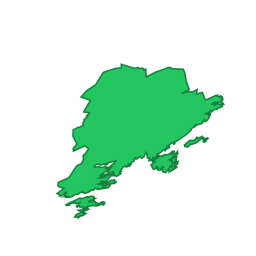 the district of Mandal nor, Vest-Agder, Norway, rotated 326°
{"feature_id": "86288312B66644758166065", "entity_name": "Mandal nor", "entity_type": "district", "adm_level": 2, "iso_a3": "NOR", "parent_name": "Norway", "parent_adm1": "Vest-Agder", "projection": "equal_earth", "projection_center": [7.487, 58.066], "detail": "fine", "context": "isolated", "style": "filled", "palette": "green", "viewbox_px": 256, "rotation_deg": 326, "n_neighbors": 0, "source": "geoboundaries", "source_scale": "gbopen_adm2", "svg_char_len": 5912}
<svg xmlns="http://www.w3.org/2000/svg" viewBox="0 0 256 256"><g transform="rotate(326 128 128)"><path d="M32.5,142.6L33.6,144.8L33.2,146.0L35.1,146.3L34.6,147.1L40.5,146.2L40.3,147.0L41.6,147.4L37.9,147.3L38.5,148.3L36.7,148.8L37.8,149.1L37.3,149.6L37.8,150.3L39.3,149.9L37.8,150.8L38.9,151.6L40.2,150.9L40.0,152.6L43.1,153.6L46.8,153.5L49.9,155.1L52.5,154.7L53.9,155.8L54.9,155.2L55.2,157.8L56.8,158.5L61.0,159.3L62.8,158.7L63.6,159.9L65.2,160.2L67.5,159.5L69.4,161.6L68.4,161.6L68.7,162.1L78.4,166.5L81.5,165.3L80.9,164.1L81.7,163.9L85.7,166.4L87.8,166.3L88.1,165.6L86.5,165.9L86.3,165.0L87.9,163.5L84.0,161.6L81.4,162.0L78.2,160.4L76.8,160.7L78.0,162.0L80.0,162.3L79.9,163.5L74.9,163.4L74.2,162.8L76.2,162.7L76.2,161.8L74.1,161.4L75.6,161.2L75.7,160.3L73.2,159.4L71.6,157.6L77.7,159.6L75.8,157.2L76.5,157.3L78.3,158.8L78.5,160.1L80.8,160.4L85.4,158.2L86.7,158.5L87.3,157.6L89.4,158.4L89.7,157.4L86.0,156.6L85.9,155.8L80.6,155.9L76.1,153.3L79.2,153.3L78.8,154.1L79.6,154.5L83.2,154.8L84.8,154.5L80.8,152.3L77.6,152.0L84.4,151.4L86.7,152.7L86.5,151.7L90.9,150.9L88.5,149.8L89.7,149.7L89.2,149.2L87.0,149.2L88.2,148.2L82.8,145.0L82.6,143.8L78.4,142.0L78.8,140.7L80.2,140.6L82.7,140.8L84.6,143.4L90.0,145.2L88.5,146.1L90.6,146.6L92.3,145.7L99.3,148.5L97.3,149.4L91.7,149.8L91.0,150.8L92.3,151.2L87.7,152.7L86.4,154.0L87.7,155.4L91.2,155.9L91.1,157.2L90.0,158.0L90.4,158.8L89.1,159.3L90.9,160.5L91.2,161.7L96.7,161.9L96.2,160.4L98.1,160.2L97.4,159.4L102.5,157.7L104.7,158.1L104.5,159.2L106.9,159.1L106.1,159.8L108.1,160.6L108.9,160.2L108.1,159.8L108.2,158.4L110.6,159.7L111.3,158.5L114.5,158.8L115.1,157.2L117.0,156.9L116.8,157.4L118.1,157.7L117.5,158.3L118.7,158.7L121.8,158.3L122.4,160.8L124.8,161.0L129.3,158.1L129.4,160.9L128.4,160.9L128.2,161.7L128.9,162.2L128.2,162.1L127.3,163.6L129.0,165.2L127.0,166.8L131.0,167.6L133.3,165.9L131.7,167.9L134.4,169.0L135.7,168.7L133.6,167.8L137.9,167.9L136.9,167.0L138.3,166.7L136.9,165.5L140.0,166.6L146.0,166.0L146.0,167.7L146.8,167.5L146.8,166.0L148.6,166.1L148.1,166.6L148.6,167.2L151.7,167.3L152.1,166.1L150.6,165.1L156.1,164.9L157.3,165.3L156.9,167.1L158.2,167.2L158.9,165.4L161.1,166.1L172.6,166.0L178.7,165.2L180.5,163.9L184.6,164.3L185.4,164.1L184.9,163.3L186.4,163.1L186.2,163.8L191.2,165.5L193.2,165.2L193.7,164.4L195.6,164.8L195.5,164.0L196.1,164.0L195.6,166.0L198.5,165.9L201.5,164.4L202.0,162.9L203.3,163.4L204.6,162.0L203.5,161.9L204.3,160.9L202.0,161.5L200.2,159.5L205.3,160.4L206.1,159.5L206.9,161.5L209.1,160.7L212.4,162.4L213.9,161.6L214.7,162.4L218.6,162.9L219.1,161.4L218.6,161.0L220.7,161.8L220.6,160.3L218.8,160.0L218.3,160.7L218.3,159.9L217.2,159.9L215.5,157.7L213.3,157.6L214.0,156.9L212.2,156.8L211.8,155.8L209.9,155.1L213.2,154.9L212.7,155.4L215.5,156.0L216.4,156.4L215.6,156.9L220.1,158.6L222.1,157.8L222.7,157.0L221.8,156.5L223.1,156.3L222.8,155.1L223.5,155.0L223.3,154.0L221.5,154.0L222.3,153.0L220.1,152.2L219.3,151.0L220.3,150.7L218.9,150.2L219.4,150.2L207.7,148.2L209.6,140.0L203.8,138.2L206.8,134.7L201.6,134.1L197.2,131.0L191.7,129.4L200.3,130.4L202.4,121.7L205.8,114.4L206.7,110.2L198.2,103.9L196.2,100.7L181.5,97.0L171.7,95.9L175.6,89.1L173.2,88.6L174.0,87.4L173.4,86.4L171.1,85.3L169.8,83.2L166.7,82.1L158.0,71.4L156.2,74.3L150.1,71.3L138.8,68.1L125.5,74.0L113.9,74.0L106.4,76.1L112.3,84.1L100.2,89.9L104.5,93.8L100.5,95.0L101.2,95.7L96.0,96.5L96.0,97.4L93.2,98.6L93.0,100.5L87.9,100.4L87.4,99.6L81.5,98.9L77.8,103.9L76.6,112.9L71.5,114.0L69.7,116.6L82.4,118.7L83.7,123.2L78.3,125.5L75.3,125.7L73.5,129.3L69.7,131.4L64.3,130.7L51.1,136.1L39.7,134.2L37.6,136.7L37.9,138.2L41.3,142.3L32.5,142.6ZM135.7,169.3L130.0,168.9L130.8,169.5L129.0,170.2L130.5,170.1L131.6,171.2L126.4,171.4L126.7,173.4L126.2,173.3L125.9,176.6L130.0,177.2L129.4,176.2L129.9,175.6L130.8,178.1L129.7,177.7L129.0,178.8L130.1,180.6L131.4,181.1L132.4,180.4L133.0,181.0L135.0,178.8L134.5,179.5L136.1,180.5L134.0,180.0L132.3,183.7L134.2,186.0L139.6,184.4L137.8,186.3L138.7,187.3L138.1,187.6L141.5,187.8L142.5,186.4L141.8,187.9L146.5,187.9L146.7,187.2L144.8,186.8L145.2,185.8L146.9,185.9L147.9,184.7L148.9,185.5L150.7,183.8L147.1,183.5L148.0,182.3L149.6,182.3L149.6,181.1L150.4,181.1L150.9,179.6L152.2,179.6L151.9,178.9L149.0,178.1L149.5,177.8L146.7,178.2L147.1,178.7L145.2,182.1L146.9,182.3L146.2,183.8L142.2,185.3L141.6,183.1L143.7,183.4L145.8,179.9L144.9,179.0L145.8,178.3L144.6,177.4L147.4,177.7L151.0,176.6L151.6,177.9L153.1,177.9L153.1,177.2L155.3,177.0L154.8,176.1L155.6,175.2L153.8,175.8L149.9,173.8L148.1,173.8L154.0,173.4L151.9,172.8L151.9,172.1L148.3,172.8L145.4,172.0L143.5,170.4L140.9,171.0L140.4,170.6L141.2,170.2L136.2,168.9L135.7,169.3ZM47.5,158.9L34.4,157.0L35.5,158.1L33.7,157.5L33.7,158.0L36.1,159.1L36.0,158.5L37.1,158.4L40.0,159.1L39.6,158.0L41.1,159.0L41.0,160.0L42.6,160.2L42.5,161.7L46.2,163.1L43.8,163.8L43.8,164.7L40.9,163.7L42.1,164.2L41.4,164.4L41.7,165.3L43.8,165.0L43.9,167.0L46.3,167.8L46.9,169.1L44.8,169.7L45.3,169.8L44.5,170.5L40.8,168.4L42.8,172.0L36.7,170.8L33.9,172.0L35.8,173.5L38.2,173.8L37.1,174.6L40.5,174.4L40.8,175.2L43.7,175.4L43.1,175.0L43.9,174.5L43.6,173.9L44.9,174.5L43.5,172.0L49.8,173.4L49.0,172.1L50.0,172.1L50.0,171.4L46.4,171.9L45.1,171.2L49.7,170.2L55.8,172.7L58.2,175.1L64.2,176.7L63.7,177.0L64.3,178.0L65.6,177.9L64.8,177.0L67.1,176.7L65.7,174.8L59.7,174.4L60.8,173.6L60.2,172.3L59.1,172.1L59.6,170.9L58.7,169.8L59.5,168.9L56.7,169.1L53.7,166.7L61.1,168.1L60.3,167.4L61.4,166.7L60.7,164.9L58.3,163.4L56.0,163.3L56.2,162.3L49.6,160.6L49.6,159.7L47.5,158.9ZM172.4,172.8L165.2,173.6L164.9,174.9L166.7,175.6L165.3,175.7L167.1,177.3L171.0,176.2L171.0,177.0L175.8,178.4L183.8,178.0L184.3,179.0L182.7,181.4L183.7,182.7L185.5,182.5L184.5,182.2L184.7,181.2L188.5,181.6L188.3,180.6L186.5,180.5L186.2,181.1L185.9,179.8L184.8,180.0L185.5,179.1L185.4,178.1L184.1,178.0L184.8,177.8L184.8,176.8L184.3,177.3L183.2,176.0L179.8,175.7L180.0,174.2L175.7,175.4L172.4,172.8Z" fill="#22c55e" stroke="#15803d" stroke-width="1.5"/></g></svg>